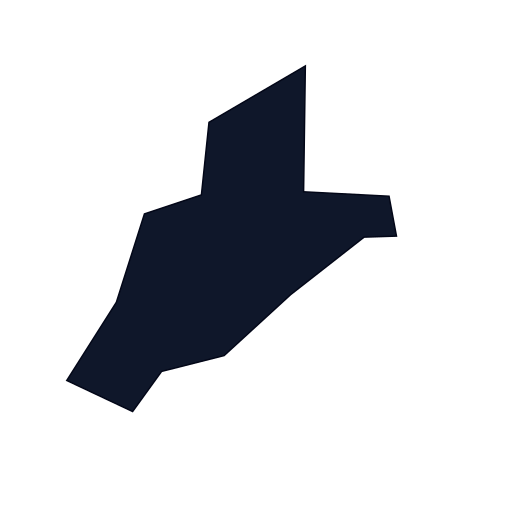 the border of Beau Vallon, rotated 205°
{"feature_id": "SYC-5205", "entity_name": "Beau Vallon", "entity_type": "state/province", "adm_level": 1, "iso_a3": "SYC", "parent_name": "Seychelles", "parent_adm1": "", "projection": "natural_earth1", "projection_center": [55.429, -4.605], "detail": "fine", "context": "isolated", "style": "filled", "palette": "ink", "viewbox_px": 512, "rotation_deg": 205, "n_neighbors": 0, "source": "natural_earth", "source_scale": "10m", "svg_char_len": 349}
<svg xmlns="http://www.w3.org/2000/svg" viewBox="0 0 512 512"><g transform="rotate(205 256 256)"><path d="M137.1,333.4L166.0,318.8L208.3,235.6L242.8,152.3L292.8,111.5L302.1,62.9L374.9,63.2L363.0,155.1L374.9,247.0L331.3,288.3L355.1,357.3L291.6,449.1L240.0,334.3L160.7,366.4L137.1,333.4Z" fill="#0f172a" stroke="#020617" stroke-width="1.5"/></g></svg>